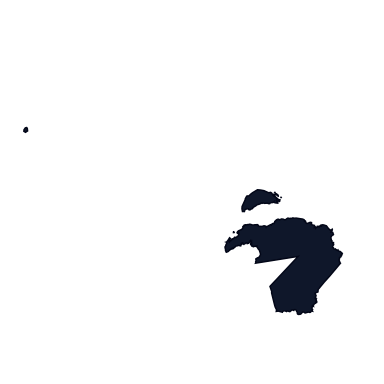 Lau-Mbaelela, Malaita, Solomon Islands (orthographic projection), rotated 310°
{"feature_id": "97153195B87820202711948", "entity_name": "Lau-Mbaelela", "entity_type": "district", "adm_level": 2, "iso_a3": "SLB", "parent_name": "Solomon Islands", "parent_adm1": "Malaita", "projection": "orthographic", "projection_center": [160.756, -8.207], "detail": "fine", "context": "isolated", "style": "filled", "palette": "ink", "viewbox_px": 384, "rotation_deg": 310, "n_neighbors": 0, "source": "geoboundaries", "source_scale": "gbopen_adm2", "svg_char_len": 6148}
<svg xmlns="http://www.w3.org/2000/svg" viewBox="0 0 384 384"><g transform="rotate(310 192 192)"><path d="M154.7,333.3L156.2,334.6L158.0,338.5L158.5,338.3L159.9,338.6L160.8,339.8L161.2,341.3L161.6,341.4L161.9,341.2L162.3,341.4L162.9,343.3L163.3,343.9L164.8,344.2L165.3,344.1L166.4,345.0L166.7,346.1L167.5,345.9L168.2,346.5L168.4,347.4L168.2,348.5L167.9,348.7L167.4,350.2L166.8,350.6L166.4,351.3L166.6,352.2L167.8,353.4L168.5,353.8L171.4,353.9L172.0,355.4L172.0,356.4L174.9,358.4L175.5,359.7L176.2,360.1L177.1,359.9L177.7,360.2L178.1,360.9L178.3,360.3L179.4,360.0L179.4,359.2L179.8,358.8L180.4,358.6L180.4,358.2L181.9,357.6L182.3,358.3L182.5,357.5L182.9,357.9L183.2,357.9L183.5,357.6L183.7,357.8L185.0,357.6L186.1,358.1L186.5,357.9L187.4,358.5L188.0,358.3L188.3,357.9L187.7,357.2L188.9,356.3L189.1,356.6L189.5,356.1L190.1,355.9L189.7,355.3L189.6,354.9L189.8,354.6L190.2,354.6L190.6,354.2L191.1,354.4L191.7,353.7L192.3,353.7L193.1,352.2L193.1,351.6L193.8,351.3L196.4,352.7L198.4,351.3L207.6,351.2L216.2,351.5L232.9,351.5L233.2,350.0L233.6,349.9L234.4,348.3L235.8,347.9L236.2,347.3L237.1,347.3L237.8,347.7L238.2,347.5L239.1,347.5L239.2,347.1L239.8,347.2L240.1,346.6L240.5,346.9L240.7,346.5L241.0,346.7L241.6,346.6L241.7,343.8L241.0,342.4L241.1,341.7L241.5,341.0L241.2,340.9L240.8,341.1L240.6,340.8L240.3,340.0L240.6,339.5L240.3,338.8L240.5,338.4L239.7,338.0L239.6,337.4L240.2,336.2L239.9,335.4L241.0,334.5L242.7,334.4L242.8,333.5L243.2,333.2L243.9,333.3L244.2,332.9L243.3,332.1L243.5,331.6L244.6,330.6L244.7,329.5L245.3,329.1L246.1,327.7L246.7,327.4L247.2,327.5L247.6,327.1L248.4,327.3L248.8,327.1L249.7,327.7L250.5,327.6L250.7,327.0L251.5,325.8L251.2,324.6L250.8,324.6L250.4,324.1L251.2,323.7L252.4,324.1L253.4,323.7L253.6,323.3L252.8,323.3L252.1,322.7L251.6,322.0L251.8,319.7L252.5,316.7L251.5,314.2L250.8,313.1L249.8,312.3L249.6,312.5L249.6,312.2L249.1,311.9L248.6,312.0L248.4,312.6L248.1,312.3L248.0,311.7L247.5,311.5L247.2,311.9L246.9,311.9L247.1,311.1L246.3,310.1L245.9,310.4L246.0,311.2L245.3,310.1L243.5,310.0L244.3,309.0L243.7,308.6L244.6,308.4L244.4,307.8L245.1,307.3L244.6,306.2L243.9,305.5L244.2,304.8L244.0,304.1L244.6,303.9L245.4,303.2L244.9,302.2L243.8,301.4L243.1,301.3L241.9,300.3L241.6,299.9L241.6,299.2L242.2,298.5L242.1,297.6L241.9,297.4L241.9,297.2L242.6,297.3L242.6,296.9L242.4,296.7L242.8,295.7L242.4,294.2L241.6,292.9L239.0,288.6L237.0,286.5L237.1,286.0L236.5,285.6L236.0,285.6L235.5,284.8L235.0,284.6L235.0,284.2L234.0,283.3L233.9,282.6L233.6,282.2L232.2,281.7L231.1,281.6L230.2,280.7L229.9,279.5L229.0,278.0L226.9,276.9L226.8,275.9L226.4,275.3L225.0,274.6L224.7,274.9L224.0,274.5L223.2,274.6L222.7,274.3L222.2,274.7L221.2,274.8L220.7,275.2L219.7,274.1L218.6,273.8L217.7,274.0L217.7,273.4L217.5,273.2L214.2,271.9L213.7,271.4L213.1,271.3L212.6,271.4L213.0,270.5L213.0,269.8L212.3,268.8L211.0,268.0L210.0,267.0L209.4,266.0L208.7,265.5L208.6,264.5L209.0,264.3L209.2,263.3L207.3,261.2L206.1,260.2L205.3,259.0L205.0,257.9L204.2,256.7L202.9,255.9L202.7,255.4L202.0,255.0L201.7,254.6L201.4,254.2L201.1,254.4L200.7,254.2L200.7,253.6L200.4,253.4L199.8,253.2L199.2,253.7L198.8,253.4L198.5,253.6L198.2,253.3L198.0,253.6L197.1,254.1L196.8,254.0L196.2,254.2L195.0,254.0L192.2,252.6L191.1,253.2L190.7,254.2L189.9,254.7L189.4,255.2L187.7,255.6L186.9,255.1L186.4,255.3L185.7,255.2L184.7,253.7L182.9,253.8L182.3,253.2L181.6,253.4L181.0,253.0L179.8,253.2L178.8,252.6L177.7,252.9L177.9,251.9L178.4,251.7L179.5,251.9L180.2,251.3L181.1,251.5L181.1,250.2L178.3,250.6L176.0,250.7L175.7,250.5L175.8,250.8L175.5,250.9L175.2,251.6L173.8,251.8L171.9,252.6L171.4,252.5L170.7,253.0L169.2,255.0L168.6,255.4L168.4,256.4L168.0,256.5L168.0,257.1L169.8,258.0L171.3,258.1L173.2,258.6L175.0,259.9L175.7,260.0L175.4,259.3L177.2,260.3L178.5,260.4L179.5,260.8L180.1,261.5L180.5,261.5L181.0,262.0L182.0,263.9L182.5,263.6L184.0,263.7L184.4,263.4L184.4,262.9L185.1,263.3L185.3,263.2L185.7,263.5L185.0,264.1L185.2,265.4L185.8,265.4L186.3,265.8L186.7,265.7L188.3,266.5L188.0,267.3L188.4,267.3L188.4,267.7L189.0,268.2L189.5,268.0L189.4,267.4L189.8,268.3L191.0,268.3L191.9,267.9L192.4,268.0L191.6,268.6L191.8,269.2L192.3,269.3L191.8,269.6L191.8,270.6L192.0,270.9L191.7,270.7L191.4,269.7L190.1,270.1L189.8,270.4L190.3,270.7L190.3,271.3L189.3,271.6L189.1,272.3L189.0,272.6L189.4,273.0L189.4,274.1L190.3,274.3L190.7,275.2L192.2,276.2L191.7,276.4L191.6,277.6L190.9,279.5L190.8,280.8L189.5,282.9L189.4,283.3L187.9,284.9L185.5,285.2L184.1,285.0L183.9,284.6L181.9,283.9L181.6,284.0L180.9,285.1L179.6,285.5L179.2,286.1L178.3,286.4L210.9,314.7L169.8,312.4L166.9,317.2L165.9,317.8L158.1,328.5L157.3,329.8L156.1,332.5L154.7,333.3ZM242.6,264.3L241.9,263.6L241.8,262.0L241.7,261.7L241.3,261.6L241.9,261.4L241.9,260.5L241.7,260.5L241.5,260.8L241.4,260.3L241.7,260.1L242.0,259.0L241.4,257.5L241.6,256.7L241.4,256.2L242.4,253.9L242.3,252.5L240.7,251.2L239.3,246.3L237.6,243.3L235.8,240.7L230.2,238.8L227.9,238.3L226.2,238.2L225.1,237.8L224.5,236.8L223.9,236.6L221.0,237.2L220.3,237.7L213.1,239.7L211.2,241.1L209.5,243.2L210.7,244.7L212.7,243.9L214.2,244.8L215.5,246.1L215.0,246.9L215.5,247.9L216.6,248.1L218.0,248.9L218.6,248.7L218.7,248.9L219.7,248.8L222.5,249.8L223.7,249.9L226.5,251.7L228.1,252.2L228.5,252.7L228.4,253.0L229.4,253.6L229.8,254.7L231.9,256.9L232.3,258.2L233.0,259.0L233.8,258.9L235.0,259.7L235.7,260.5L237.1,260.9L236.7,261.0L236.7,261.6L237.7,263.6L238.1,263.8L239.6,262.7L240.4,263.4L241.0,265.1L241.4,265.1L242.6,264.3ZM135.1,23.9L134.0,23.1L131.7,23.3L130.4,24.2L130.7,26.1L133.1,26.8L134.9,24.9L135.1,23.9ZM191.5,252.7L191.2,252.4L189.9,252.6L189.5,253.4L189.9,253.7L190.5,253.7L191.5,252.7ZM243.0,257.2L242.7,255.9L242.4,255.8L242.0,256.3L242.3,257.6L242.6,257.8L242.9,257.7L243.0,257.2ZM244.6,257.0L245.0,255.7L244.8,255.6L244.3,257.1L244.4,258.4L244.9,258.9L244.9,258.0L244.6,257.0ZM239.3,263.8L238.9,263.3L238.4,263.8L238.3,264.5L238.6,264.8L238.8,264.9L239.1,264.4L239.3,263.8ZM244.8,259.3L244.5,259.0L244.1,259.2L244.1,260.1L244.3,260.7L244.6,260.4L244.8,259.3ZM188.4,249.5L188.3,249.4L187.6,249.8L187.9,250.2L187.9,250.9L188.4,249.5ZM245.2,263.5L244.9,263.1L245.1,264.4L245.2,264.1L245.2,263.5Z" fill="#0f172a" stroke="#020617" stroke-width="1.5"/></g></svg>